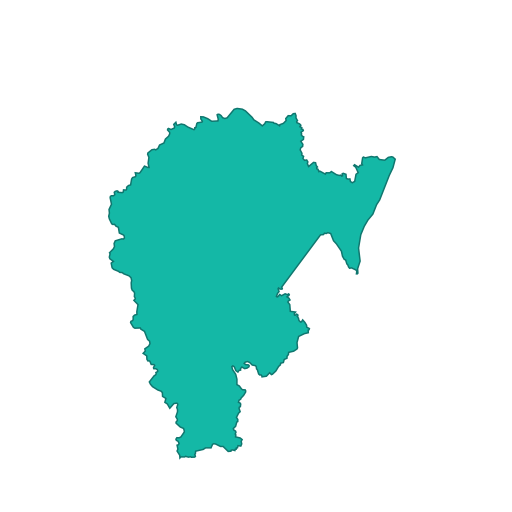 outline of Rurópolis, Pará, Brazil, rotated 149°
{"feature_id": "56859067B88659072528196", "entity_name": "Rurópolis", "entity_type": "district", "adm_level": 2, "iso_a3": "BRA", "parent_name": "Brazil", "parent_adm1": "Pará", "projection": "natural_earth1", "projection_center": [-55.157, -4.2], "detail": "fine", "context": "isolated", "style": "filled", "palette": "teal", "viewbox_px": 512, "rotation_deg": 149, "n_neighbors": 0, "source": "geoboundaries", "source_scale": "gbopen_adm2", "svg_char_len": 6165}
<svg xmlns="http://www.w3.org/2000/svg" viewBox="0 0 512 512"><g transform="rotate(149 256 256)"><path d="M383.8,324.5L385.4,320.0L384.9,317.9L381.8,313.7L381.2,312.1L379.1,310.6L378.7,309.1L375.0,304.3L374.3,301.8L375.2,299.0L376.8,297.3L379.3,292.6L379.7,290.4L379.0,288.3L379.2,286.7L381.2,283.8L381.1,282.5L381.6,281.4L383.5,280.9L382.2,275.1L386.8,269.7L388.2,267.2L390.5,267.9L392.5,267.4L394.0,264.8L395.1,264.2L396.9,264.4L397.8,263.5L397.8,258.0L397.0,256.5L392.2,253.9L392.4,252.7L390.4,248.8L391.9,240.3L391.1,237.8L392.0,235.5L394.4,234.0L399.1,233.7L399.9,231.5L402.9,230.7L401.1,226.7L402.7,223.6L402.7,221.7L401.5,221.1L401.2,220.3L401.7,217.0L399.4,215.5L399.2,214.4L401.3,213.2L401.7,212.1L399.9,210.9L399.1,209.5L399.3,208.5L399.8,207.6L401.8,207.7L402.1,206.6L403.2,205.8L405.0,205.8L412.3,203.0L412.5,200.4L412.0,197.3L409.1,191.6L407.1,189.2L406.6,187.2L408.4,183.8L406.6,180.3L409.5,177.5L408.2,174.8L408.3,169.9L402.4,171.8L399.9,170.8L399.3,170.1L399.5,169.0L402.0,166.9L402.4,164.7L403.6,162.8L407.5,159.5L407.5,156.6L408.2,155.5L410.1,154.8L410.6,153.8L409.0,148.4L406.9,145.5L407.5,143.2L408.1,142.1L413.5,139.6L415.6,139.8L417.4,141.0L419.0,140.2L419.2,139.0L418.2,137.3L418.5,134.9L419.8,134.2L421.1,134.5L422.4,130.7L424.1,129.5L424.0,124.5L425.2,122.1L423.9,122.5L420.6,120.5L419.6,120.6L417.4,118.3L415.5,117.7L415.1,116.8L412.1,115.2L411.1,115.5L410.7,117.5L409.8,117.7L408.3,119.8L400.9,117.4L398.0,117.5L393.4,114.7L390.3,116.9L389.0,116.9L387.5,115.7L384.5,111.0L382.3,109.7L380.5,102.8L378.0,101.6L377.3,102.3L375.8,101.7L374.3,100.1L373.4,101.0L372.4,100.6L371.7,101.6L370.7,101.1L369.1,102.7L366.9,100.9L365.0,102.3L364.2,104.7L362.4,105.8L363.3,108.2L366.7,111.5L365.4,113.0L365.5,114.1L364.0,115.2L363.7,116.4L364.7,118.5L364.3,119.8L361.2,120.5L358.0,123.6L356.9,123.5L355.8,125.2L355.9,127.7L351.8,130.3L349.8,130.7L349.0,134.1L348.2,135.0L347.0,134.9L345.5,136.8L345.2,137.8L346.4,139.6L344.8,141.1L342.8,141.2L342.0,141.9L338.4,142.9L335.0,144.7L334.3,145.7L334.2,146.8L336.4,148.3L336.9,149.5L337.2,153.1L338.6,155.6L335.8,160.2L334.3,165.1L334.6,170.7L333.7,173.6L332.6,173.8L332.0,173.1L331.7,172.0L332.3,168.1L331.3,165.8L329.4,166.7L328.0,166.1L327.2,167.5L325.3,168.1L323.7,165.3L321.4,164.5L319.0,164.7L318.3,165.7L318.7,166.7L320.7,168.1L321.5,170.0L319.9,170.6L317.5,169.8L316.2,167.8L315.4,164.5L312.9,162.2L312.8,161.0L313.7,158.9L313.4,157.9L314.5,153.5L314.0,152.0L313.0,151.6L312.7,150.4L313.1,149.3L309.0,147.6L304.4,148.9L303.9,146.4L302.8,146.2L298.2,147.2L293.5,149.7L291.2,150.1L290.1,151.4L287.4,150.6L285.1,152.8L282.1,152.4L281.0,154.1L279.0,154.8L277.7,156.6L272.7,155.0L268.7,155.2L267.7,155.9L265.5,160.6L260.9,165.1L254.4,164.5L250.7,163.3L249.5,165.5L248.5,165.5L247.6,166.3L249.2,168.9L248.3,170.6L248.3,173.9L248.9,177.2L250.8,176.2L251.8,176.4L252.4,178.6L251.6,180.9L251.8,182.9L250.9,183.1L250.5,184.2L251.2,185.3L252.4,184.9L253.4,185.5L252.9,186.8L251.0,187.6L255.1,190.9L252.1,196.9L252.4,200.1L251.6,200.7L249.5,200.8L249.5,202.9L250.5,205.0L248.2,205.2L247.4,205.7L247.5,206.7L249.0,206.7L250.5,208.6L254.6,208.8L255.5,210.8L258.0,209.9L259.0,210.0L259.3,210.9L256.7,212.9L254.6,213.6L254.0,216.5L253.2,217.0L252.4,215.3L250.8,214.2L250.1,214.7L250.1,216.1L189.8,240.9L187.1,239.6L185.6,240.3L184.2,239.1L182.4,239.0L180.4,236.8L181.7,229.1L180.8,224.9L180.3,216.2L182.0,211.2L182.1,207.6L181.2,206.5L182.2,202.4L181.9,201.0L182.3,199.0L182.1,197.3L180.3,196.7L177.5,192.5L177.5,190.9L179.1,189.0L178.3,188.5L177.5,188.8L175.5,192.7L169.4,198.0L164.0,210.0L155.2,220.3L147.9,225.7L141.5,229.2L134.3,231.7L126.2,237.9L121.1,240.4L100.2,256.5L93.2,261.1L86.8,267.3L87.7,270.3L88.7,271.3L91.8,272.4L96.3,271.8L100.6,275.2L101.1,278.9L103.4,279.7L105.9,281.9L111.7,283.8L113.0,285.5L114.1,285.2L117.8,280.7L117.8,279.3L120.2,280.1L122.4,279.3L124.5,283.5L125.7,283.1L124.8,280.7L125.5,274.8L128.2,274.5L133.0,269.1L135.7,269.2L136.7,271.2L135.8,273.7L137.5,274.5L138.6,275.9L136.8,279.7L138.7,282.0L139.9,282.0L140.5,280.2L141.4,280.3L141.8,281.7L143.2,282.2L145.2,284.3L147.9,289.6L149.9,289.3L153.0,291.2L154.4,290.5L157.6,295.9L158.6,295.9L158.2,298.5L159.0,299.5L158.4,300.6L157.5,300.7L157.8,302.5L156.9,305.3L158.5,306.6L164.8,305.6L164.4,308.8L163.1,309.9L163.1,312.2L165.1,313.0L165.6,315.4L163.9,316.9L164.8,319.0L163.7,320.4L163.5,324.2L161.9,325.7L159.6,325.9L158.3,327.6L158.5,331.3L155.3,331.5L153.7,333.6L154.5,334.6L154.8,336.5L154.0,337.1L153.6,338.9L150.9,339.1L150.6,340.3L151.7,341.4L150.6,342.5L151.8,344.2L150.2,345.0L150.6,346.8L152.3,349.3L151.9,350.3L150.7,350.7L150.6,353.8L149.4,355.7L149.0,358.0L150.8,358.8L153.7,358.1L156.1,359.7L159.7,358.5L160.4,356.6L164.2,355.6L167.9,356.3L168.7,355.5L170.7,359.3L172.2,360.5L172.3,361.5L177.5,365.5L178.7,366.0L180.3,364.9L183.6,364.3L185.0,368.4L187.7,373.8L187.9,376.8L190.3,385.8L192.1,388.9L196.2,392.2L199.2,393.0L209.6,389.3L211.9,389.9L213.4,391.8L213.6,394.3L214.4,396.2L215.5,397.1L216.6,397.1L217.9,392.7L219.1,391.4L224.6,394.3L226.6,398.5L229.4,402.3L231.6,403.8L232.7,401.9L232.6,399.1L233.4,398.6L237.4,400.3L238.4,400.1L241.3,397.2L242.4,397.5L242.8,396.6L244.1,396.2L248.0,401.6L249.8,405.4L252.1,407.6L256.0,408.5L256.5,409.5L255.8,411.9L258.7,411.2L259.2,408.6L260.1,407.8L263.7,408.2L265.3,410.4L266.3,410.3L266.9,409.6L266.3,406.5L267.0,405.2L269.2,403.7L273.4,402.9L276.7,400.3L281.5,400.8L284.6,398.7L287.3,398.6L288.0,399.7L290.5,400.7L295.6,400.0L296.5,399.0L297.0,395.7L300.7,391.1L302.1,387.0L303.2,387.7L305.3,390.5L312.4,387.2L313.6,387.1L316.6,389.5L317.6,386.6L318.6,386.1L321.4,386.8L323.0,386.0L326.9,381.5L329.0,382.1L331.4,381.6L332.6,379.8L333.5,379.5L335.5,380.9L336.8,379.2L338.0,379.2L341.5,381.7L340.9,382.4L341.5,383.4L343.4,383.9L344.7,383.6L345.4,381.3L347.1,381.0L348.9,382.1L350.1,382.1L351.0,381.1L353.2,374.8L358.0,371.6L359.6,368.2L361.8,365.9L362.6,363.3L363.1,357.9L362.5,356.8L360.9,356.0L360.7,353.8L359.2,351.5L361.3,346.1L358.8,342.3L358.6,341.2L359.6,339.1L361.0,338.8L362.1,339.8L368.8,341.5L371.2,339.8L372.5,336.9L374.6,335.6L379.9,334.2L379.9,333.1L382.3,330.6L382.7,328.9L381.0,324.8L383.8,324.5Z" fill="#14b8a6" stroke="#0f766e" stroke-width="1.5"/></g></svg>